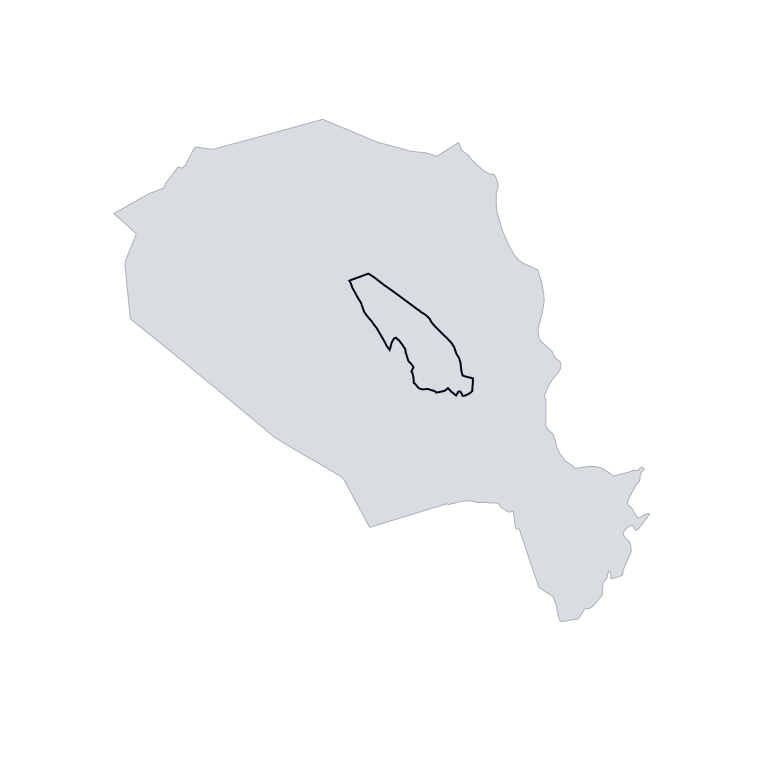 Aderbissinat, Agadez, Niger (highlighted), rotated 252°
{"feature_id": "23599985B52241460380538", "entity_name": "Aderbissinat", "entity_type": "district", "adm_level": 2, "iso_a3": "NER", "parent_name": "Niger", "parent_adm1": "Agadez", "projection": "albers", "projection_center": [8.516, 16.502], "detail": "fine", "context": "in_parent", "style": "outline", "palette": "ink", "viewbox_px": 768, "rotation_deg": 252, "n_neighbors": 0, "source": "geoboundaries", "source_scale": "gbopen_adm2", "svg_char_len": 4824}
<svg xmlns="http://www.w3.org/2000/svg" viewBox="0 0 768 768"><g transform="rotate(252 384 384)"><path d="M590.6,529.7L584.0,529.9L580.3,531.2L575.6,535.0L570.3,536.5L563.9,539.9L559.9,542.6L556.1,544.7L550.9,549.7L549.2,553.5L544.0,554.4L536.6,553.9L531.8,550.2L520.9,546.4L513.8,544.9L510.6,544.4L494.0,544.0L476.3,545.7L467.3,547.7L465.6,548.1L460.5,550.5L456.3,553.2L444.9,565.5L429.7,565.1L420.7,563.8L413.1,561.9L402.3,556.2L389.1,547.5L384.0,546.3L379.4,545.6L377.9,545.7L362.1,554.3L359.0,554.1L355.3,555.1L352.8,557.2L351.0,558.3L349.1,558.4L346.6,557.9L344.2,556.6L341.8,554.2L335.3,544.5L334.0,542.8L331.3,539.9L326.6,535.4L323.5,533.3L321.6,532.7L319.3,533.1L306.7,529.1L294.1,524.9L291.3,525.4L289.3,526.2L284.9,529.1L279.7,529.5L273.2,529.2L269.6,528.7L263.8,529.6L259.9,530.7L254.8,532.6L248.1,538.0L246.2,538.7L244.6,539.6L242.1,554.6L240.2,559.1L236.8,565.0L230.1,570.6L225.5,573.9L225.3,578.6L224.7,586.2L224.5,591.5L224.8,594.9L224.0,596.5L223.6,598.0L223.8,600.2L224.8,601.3L225.5,602.7L225.0,603.8L222.8,605.1L220.6,601.7L217.6,599.2L214.3,598.0L212.1,596.2L211.0,593.8L206.8,588.9L197.1,579.3L196.0,579.0L194.4,578.6L191.5,579.7L189.8,581.1L188.5,581.7L186.7,581.7L181.9,582.8L178.1,584.2L177.9,585.4L179.5,592.6L178.5,596.4L176.9,594.5L171.6,587.2L168.0,581.8L167.4,580.6L166.9,578.7L167.3,578.0L168.8,577.5L172.3,576.9L173.0,576.3L173.2,574.9L172.7,572.2L171.0,568.4L169.0,565.9L167.9,565.4L165.8,565.3L163.6,565.5L159.2,568.4L157.3,568.9L153.0,568.5L149.1,567.7L146.8,566.1L140.0,560.0L132.4,553.4L129.2,552.4L128.5,551.7L128.1,546.9L128.5,541.1L128.9,539.6L132.2,540.7L135.6,541.2L136.7,540.2L134.0,538.0L130.2,535.8L128.8,532.6L127.7,531.5L126.0,530.3L124.0,529.6L122.0,528.7L120.6,527.7L118.3,527.2L115.9,526.4L112.6,521.2L109.4,516.1L107.5,512.1L106.9,509.7L108.1,505.7L107.2,504.1L103.5,499.9L100.5,496.0L101.6,490.2L102.4,485.3L102.6,482.2L103.1,480.5L103.6,478.6L105.7,478.0L111.1,478.3L121.4,479.6L129.7,478.9L130.2,478.7L136.2,473.7L142.9,468.5L152.7,468.3L163.2,468.1L171.5,468.0L183.6,468.0L193.3,467.9L204.6,467.8L205.0,465.3L205.7,464.7L206.9,464.6L215.1,466.2L222.9,467.7L223.6,463.0L230.6,457.2L234.5,456.1L235.5,455.0L236.7,453.1L237.6,450.0L237.9,447.8L239.4,446.0L240.6,442.6L242.1,436.7L246.1,430.6L248.4,422.2L248.9,414.1L249.5,407.9L250.7,406.7L250.9,395.7L251.1,384.7L251.2,375.4L251.4,363.8L251.6,353.6L251.8,342.5L252.0,332.6L252.1,326.1L259.9,324.7L267.9,323.2L279.7,321.0L292.4,318.7L306.3,316.1L309.5,314.4L320.0,305.1L324.8,300.9L334.2,292.4L341.4,285.9L350.6,277.7L360.4,269.3L368.1,262.7L380.2,255.2L398.4,243.8L416.6,232.3L434.7,220.9L452.8,209.3L470.8,197.8L488.7,186.2L506.6,174.5L524.4,162.9L542.6,166.9L559.8,170.6L577.2,174.4L581.4,176.5L590.8,184.4L602.8,194.5L603.4,194.6L603.9,194.6L615.1,188.2L629.5,179.8L634.1,201.2L637.6,219.7L638.2,231.5L638.4,234.6L639.7,236.6L642.5,238.6L654.1,255.4L651.8,258.4L653.7,263.7L656.6,265.8L666.2,275.7L667.5,277.7L667.0,279.3L661.0,291.6L660.0,294.6L659.3,309.9L658.7,320.8L658.0,335.7L657.1,353.5L656.4,368.6L655.5,388.5L654.7,407.3L645.6,418.0L629.4,436.8L616.2,452.1L609.6,462.3L596.7,482.1L591.0,494.9L586.5,501.6L584.2,504.4L586.5,513.6L590.6,529.7Z" fill="#d9dde1" stroke="#a8b0b8" stroke-width="1"/><path d="M361.9,470.3L366.3,463.3L367.4,461.8L367.9,461.4L371.2,461.5L372.7,461.7L377.3,462.6L380.4,463.3L385.8,463.4L387.4,462.9L390.5,462.2L397.3,462.1L399.3,461.6L402.4,460.8L408.3,458.0L411.5,456.2L417.0,453.4L423.5,450.1L426.6,448.8L429.2,448.0L432.0,447.6L435.3,445.9L438.7,443.5L441.0,441.3L442.5,440.6L444.7,438.8L451.0,434.4L456.9,430.1L462.9,425.9L469.4,421.2L475.7,416.5L478.6,414.3L488.1,407.9L493.4,403.6L493.8,403.3L493.0,382.9L490.2,383.6L485.5,383.6L484.1,383.9L480.4,384.6L476.6,385.3L473.5,385.9L471.2,386.5L468.5,387.2L458.7,387.4L456.9,388.0L454.9,388.6L452.6,389.5L450.7,390.2L448.6,391.2L445.6,392.2L442.9,393.0L439.7,394.3L435.7,395.1L431.4,396.0L427.1,397.0L422.4,397.9L419.4,398.3L418.2,398.7L415.9,399.5L414.7,399.9L416.8,401.4L420.8,403.9L423.0,406.2L424.3,407.8L424.3,409.8L423.8,410.0L421.9,410.9L421.1,411.7L419.6,412.2L417.9,412.8L415.4,413.7L412.5,414.4L410.8,414.9L409.0,414.8L408.0,414.4L398.2,414.3L395.8,415.6L393.8,416.4L391.2,417.2L390.7,417.2L388.7,415.1L387.4,413.9L387.0,414.1L386.6,414.4L383.9,414.3L380.7,414.0L380.2,413.8L377.0,413.0L375.6,412.7L374.6,413.7L373.7,413.9L372.2,414.6L370.2,415.3L369.1,416.0L368.1,417.1L366.8,419.4L366.5,421.0L366.0,423.4L365.0,425.3L363.8,426.7L362.5,428.6L362.3,429.3L360.4,430.8L359.8,430.9L359.2,434.3L358.8,439.8L360.3,443.5L357.3,445.0L355.3,445.8L354.3,446.9L352.9,447.6L352.2,448.0L350.8,449.0L352.1,450.6L353.6,452.0L353.6,453.8L352.5,454.5L350.3,455.0L348.5,455.0L348.2,456.0L347.9,457.7L348.3,460.3L348.7,463.0L350.3,466.1L351.1,466.1L353.8,467.2L356.4,468.4L361.9,470.3Z" fill="none" stroke="#020617" stroke-width="2"/></g></svg>